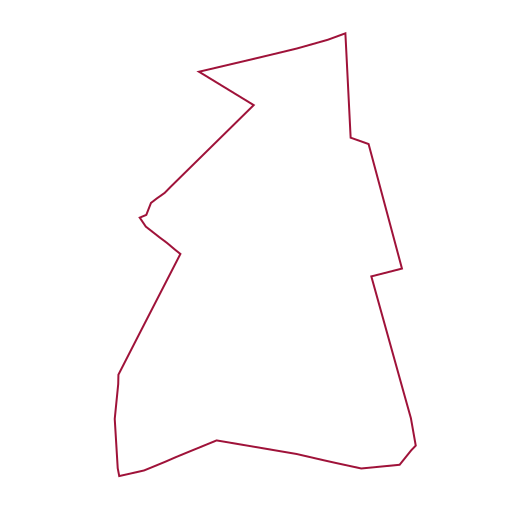 Dom Expedito Lopes, Piauí, Brazil (Albers equal-area conic projection), rotated 87°
{"feature_id": "56859067B17233076889044", "entity_name": "Dom Expedito Lopes", "entity_type": "district", "adm_level": 2, "iso_a3": "BRA", "parent_name": "Brazil", "parent_adm1": "Piauí", "projection": "albers", "projection_center": [-41.693, -6.966], "detail": "fine", "context": "isolated", "style": "outline", "palette": "rose", "viewbox_px": 512, "rotation_deg": 87, "n_neighbors": 0, "source": "geoboundaries", "source_scale": "gbopen_adm2", "svg_char_len": 675}
<svg xmlns="http://www.w3.org/2000/svg" viewBox="0 0 512 512"><g transform="rotate(87 256 256)"><path d="M472.0,123.5L458.1,111.1L453.7,106.4L426.1,109.8L398.5,116.0L282.4,141.9L276.2,110.9L150.1,137.7L142.8,155.3L48.6,155.1L38.3,155.1L43.8,172.9L50.9,204.2L57.5,239.7L69.0,303.3L105.2,250.4L182.5,337.7L188.2,343.9L193.3,352.0L197.5,358.1L209.2,363.4L211.6,370.1L220.9,364.5L232.3,351.4L238.2,344.3L245.4,336.6L250.0,331.4L324.9,375.0L367.3,399.6L376.7,400.3L411.3,405.6L460.7,405.2L468.6,404.1L464.3,379.0L456.8,357.6L452.6,346.4L448.8,335.6L438.1,305.0L455.8,226.0L463.4,199.5L466.7,187.7L473.7,162.0L472.0,123.5Z" fill="none" stroke="#9f1239" stroke-width="2"/></g></svg>